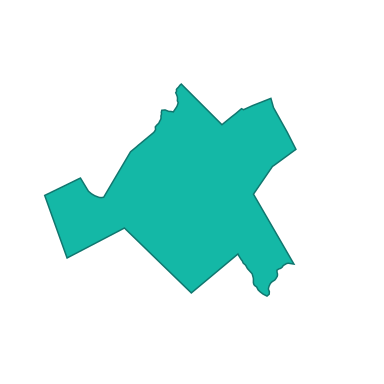 the district of Jerumenha, Piauí, Brazil, rotated 121°
{"feature_id": "56859067B83359970281182", "entity_name": "Jerumenha", "entity_type": "district", "adm_level": 2, "iso_a3": "BRA", "parent_name": "Brazil", "parent_adm1": "Piauí", "projection": "albers", "projection_center": [-43.534, -7.112], "detail": "fine", "context": "isolated", "style": "filled", "palette": "teal", "viewbox_px": 384, "rotation_deg": 121, "n_neighbors": 0, "source": "geoboundaries", "source_scale": "gbopen_adm2", "svg_char_len": 1437}
<svg xmlns="http://www.w3.org/2000/svg" viewBox="0 0 384 384"><g transform="rotate(121 192 192)"><path d="M215.3,78.9L213.4,78.1L211.8,76.7L210.0,76.0L208.0,75.9L204.5,74.0L203.4,72.7L201.3,67.5L162.2,138.2L128.6,136.2L127.4,135.6L101.9,124.9L91.7,141.2L87.4,148.7L77.7,165.6L71.1,172.6L86.6,184.5L94.9,190.2L95.1,192.5L102.3,194.9L108.0,197.1L118.9,201.0L105.0,256.8L106.5,257.3L109.3,257.6L111.1,258.1L112.3,258.1L113.6,257.1L115.3,257.1L116.1,255.9L117.3,254.3L118.3,253.3L119.3,252.6L121.4,251.5L122.6,249.8L125.7,249.1L127.3,249.0L129.0,249.1L131.2,249.2L133.0,249.3L133.8,251.5L134.9,253.5L135.5,257.3L137.5,260.0L139.6,259.3L140.8,258.3L142.8,257.8L144.8,256.5L146.8,256.1L148.1,256.2L149.3,255.9L150.9,256.1L152.5,256.6L155.1,257.0L157.2,255.4L159.5,255.3L161.0,255.6L179.5,262.1L180.8,262.5L182.1,262.9L189.1,265.4L216.6,265.2L242.0,265.0L243.6,267.0L244.5,268.9L245.3,273.5L245.3,277.5L244.7,281.2L237.5,294.8L239.1,295.9L270.8,316.5L312.9,265.1L257.7,231.4L278.5,142.1L278.9,140.6L221.5,120.7L222.4,119.3L224.7,114.8L225.0,113.7L226.6,111.4L227.1,108.4L229.1,105.0L231.1,98.4L233.5,95.8L234.7,94.7L238.1,92.7L239.2,91.6L239.9,90.3L240.1,87.7L241.9,84.8L242.5,82.1L242.9,78.7L242.8,76.7L242.6,74.1L239.8,73.2L237.5,74.4L236.3,76.1L235.3,76.8L233.3,77.4L230.7,77.7L229.3,77.6L227.6,77.1L224.8,75.7L223.3,75.5L220.4,75.5L219.2,75.9L218.0,76.7L217.1,77.7L215.3,78.9Z" fill="#14b8a6" stroke="#0f766e" stroke-width="1.5"/></g></svg>